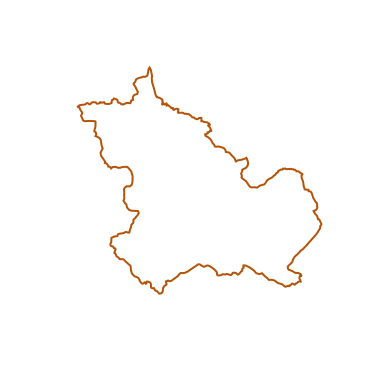 Mdrak District, Đắk Lắk, Vietnam (Robinson projection), rotated 143°
{"feature_id": "81297802B27744921596224", "entity_name": "Mdrak District", "entity_type": "district", "adm_level": 2, "iso_a3": "VNM", "parent_name": "Vietnam", "parent_adm1": "Đắk Lắk", "projection": "robinson", "projection_center": [108.788, 12.703], "detail": "fine", "context": "isolated", "style": "outline", "palette": "amber", "viewbox_px": 384, "rotation_deg": 143, "n_neighbors": 0, "source": "geoboundaries", "source_scale": "gbopen_adm2", "svg_char_len": 6068}
<svg xmlns="http://www.w3.org/2000/svg" viewBox="0 0 384 384"><g transform="rotate(143 192 192)"><path d="M137.9,238.4L140.3,240.8L140.9,242.2L141.9,242.8L141.7,243.3L140.6,244.4L140.0,245.7L141.9,246.8L143.7,246.8L144.4,247.3L145.5,249.1L145.5,250.2L146.8,251.5L147.0,253.9L147.6,255.3L147.7,256.2L149.1,257.3L149.4,257.9L150.8,258.9L151.6,260.7L152.3,261.4L155.3,263.5L155.2,264.3L154.6,264.6L154.4,265.1L153.1,266.1L153.3,266.9L154.5,268.0L155.8,268.4L156.9,268.4L157.3,268.7L157.4,269.5L156.8,270.5L158.1,271.6L157.9,272.8L158.5,274.2L158.5,275.2L158.7,275.5L160.1,276.2L159.2,277.1L159.1,278.1L161.0,278.2L161.3,279.1L162.8,279.5L163.1,280.1L162.9,280.4L161.3,281.0L161.1,281.3L161.3,281.9L160.8,282.3L160.6,283.1L160.1,283.8L161.1,286.4L162.8,288.6L162.5,289.1L163.0,289.9L162.6,291.5L160.2,297.2L157.8,303.7L155.6,307.2L154.3,308.3L151.5,313.9L151.0,316.9L152.5,316.4L157.0,312.3L158.0,311.8L160.1,312.2L161.7,313.6L163.6,314.0L164.6,314.6L167.0,315.4L169.1,315.5L171.0,314.1L172.8,314.0L173.7,313.4L173.8,312.8L174.0,309.5L174.6,307.1L175.0,304.5L176.8,303.2L178.3,303.9L180.5,304.2L182.5,303.1L183.6,301.1L185.5,301.7L187.2,300.2L188.1,300.2L190.3,302.4L194.2,303.3L195.6,304.6L196.0,306.5L197.1,307.8L197.1,308.5L196.3,310.1L196.3,310.9L197.8,313.4L198.1,313.7L199.5,313.2L200.7,313.5L202.8,311.5L204.7,312.0L206.2,312.9L207.9,314.4L208.4,315.1L208.2,316.7L210.2,317.5L211.1,318.9L211.4,319.0L212.2,318.5L214.6,319.5L215.0,320.2L214.9,321.2L215.1,321.6L217.0,323.3L218.3,323.7L220.7,323.4L221.3,323.9L221.7,325.4L222.2,326.1L222.6,326.3L224.4,326.2L225.3,326.5L227.8,328.1L229.9,329.0L231.8,328.9L231.8,328.2L231.0,327.3L231.7,325.1L231.9,321.6L232.5,320.7L234.3,320.0L234.9,319.3L235.3,316.7L235.8,315.3L235.8,314.3L234.8,312.9L231.7,310.9L227.2,307.2L226.8,306.8L226.8,306.1L229.7,302.4L233.4,299.5L233.5,299.0L233.0,298.0L233.0,297.4L233.9,295.5L235.4,294.7L234.5,293.3L233.4,290.7L233.4,288.9L236.7,282.5L237.1,280.5L238.0,280.2L241.6,278.2L242.8,275.7L243.1,268.5L244.1,267.6L243.6,267.2L243.1,265.9L243.1,264.1L243.6,262.7L242.8,262.1L242.3,261.2L242.4,259.5L240.5,259.7L238.9,258.8L237.6,257.7L236.5,255.8L236.0,255.4L234.5,254.4L233.1,254.1L231.4,253.2L228.6,251.0L228.3,249.3L228.1,245.2L229.9,240.4L232.9,236.6L234.9,234.6L236.0,234.0L238.3,233.9L240.8,235.9L242.6,235.9L244.2,235.4L244.7,235.1L246.5,232.2L248.4,230.0L249.9,227.6L251.9,226.4L252.2,223.4L251.9,221.6L253.0,219.1L253.2,218.1L253.0,215.5L251.7,213.6L246.7,209.4L247.0,207.6L247.4,207.1L249.9,206.0L251.5,205.9L252.1,205.5L255.3,205.2L257.6,202.6L260.0,202.4L261.9,200.6L265.2,198.5L266.5,197.3L267.5,198.1L268.6,199.7L269.6,200.1L271.4,200.4L275.6,202.6L276.5,202.8L278.2,201.7L280.2,203.0L283.9,203.9L286.6,200.6L288.6,199.5L289.2,198.4L289.1,197.4L287.8,195.9L288.2,194.2L287.5,193.6L287.3,192.7L287.7,192.1L290.7,190.1L290.3,188.9L290.9,186.0L290.2,184.0L290.2,182.2L289.9,181.6L287.5,179.8L287.1,179.0L286.9,176.6L285.6,170.3L285.7,169.6L287.5,166.9L288.9,163.5L289.0,161.9L288.6,159.4L286.8,156.2L286.5,155.0L286.8,153.4L287.3,152.5L287.2,149.4L286.5,148.4L284.1,148.3L284.0,148.1L284.1,146.5L283.6,146.4L282.3,147.6L282.0,147.6L281.3,147.1L280.2,145.6L279.9,144.5L280.3,143.1L282.0,140.7L282.1,139.9L281.4,138.8L280.2,138.1L280.7,135.8L280.5,135.1L279.7,134.3L279.3,130.5L278.2,129.8L276.1,129.7L275.0,130.4L273.6,132.0L272.4,133.0L270.2,133.6L268.1,133.4L267.7,133.9L267.1,135.8L266.5,136.3L265.0,135.6L264.4,135.7L263.6,134.2L262.1,133.5L254.1,133.4L251.1,134.1L249.9,134.1L246.5,131.8L243.4,131.1L230.5,130.5L229.4,129.6L228.0,125.9L227.4,125.1L227.0,124.8L225.8,124.7L224.1,124.2L223.2,123.3L222.4,121.9L221.1,118.2L220.5,115.0L220.5,113.1L221.8,110.6L221.7,110.0L220.8,109.2L219.0,108.2L216.9,107.8L215.0,106.0L213.5,105.6L211.0,102.3L209.5,102.3L208.2,102.9L207.2,102.5L205.7,100.9L205.2,98.5L204.5,98.2L202.7,98.4L200.6,99.0L199.4,98.9L198.3,100.2L196.3,100.4L195.9,101.6L195.1,102.4L194.3,101.9L193.2,100.7L191.4,97.2L189.8,92.0L189.5,88.4L187.5,85.8L185.0,85.0L184.5,81.1L183.7,77.9L183.5,75.6L181.3,74.0L179.5,71.9L178.8,70.0L178.3,67.7L176.6,65.6L175.4,63.7L175.1,61.8L174.6,60.3L174.1,59.9L172.6,59.7L171.0,58.3L170.3,58.8L169.5,58.2L167.5,58.7L166.7,58.3L165.8,56.1L163.8,56.4L162.9,56.1L161.2,56.4L159.9,55.7L159.2,55.0L158.9,55.4L158.3,58.2L156.9,59.7L156.2,60.1L155.3,59.2L155.0,59.4L154.7,61.3L155.2,61.8L155.8,63.3L156.2,63.8L157.8,64.8L158.6,66.1L159.4,68.4L161.5,71.6L161.6,72.2L160.9,74.2L160.3,74.9L154.6,75.6L153.7,75.9L152.2,77.2L149.0,78.5L144.5,78.9L140.4,79.7L138.3,79.6L134.1,80.2L117.5,83.6L111.6,85.9L109.9,87.7L108.4,88.0L107.9,88.8L107.0,92.9L107.1,93.9L107.8,94.4L106.5,97.4L106.8,100.7L106.4,103.6L104.1,103.1L102.6,103.3L101.1,104.3L100.5,105.7L99.9,106.2L99.2,107.5L99.0,108.1L99.2,110.0L98.9,112.1L98.9,113.8L97.4,118.0L96.9,119.9L97.1,121.1L98.3,122.3L98.4,122.7L97.7,123.7L100.4,126.2L99.1,129.8L97.1,133.3L95.9,137.4L94.6,139.3L94.2,139.5L93.4,139.5L93.2,139.7L93.1,140.2L93.8,141.8L94.4,143.9L94.9,144.8L96.1,145.6L96.1,146.8L96.5,148.0L97.2,148.4L97.5,149.4L98.5,150.0L99.2,151.1L100.2,151.4L100.6,152.0L103.1,153.6L103.4,154.7L104.5,155.1L105.2,155.9L106.2,155.5L107.9,156.6L109.2,156.6L110.6,156.9L111.6,156.0L113.2,156.3L115.4,155.6L116.8,155.8L119.2,155.4L122.5,156.0L125.2,156.1L128.0,154.9L129.8,154.6L133.6,156.2L137.3,156.3L139.4,158.3L141.6,159.8L142.4,160.9L142.6,162.5L142.3,168.1L143.4,171.6L143.8,173.4L143.7,173.9L142.7,174.6L142.1,175.6L141.9,176.8L141.4,177.3L139.1,178.6L138.4,179.6L134.1,178.8L131.4,179.7L129.9,181.2L129.3,182.2L128.1,185.7L128.0,186.6L129.5,186.7L133.2,188.0L136.4,189.8L138.4,189.8L138.6,190.0L137.8,192.9L137.8,194.2L138.3,197.6L138.5,201.0L140.9,203.7L140.3,204.7L140.1,205.4L140.1,207.6L140.6,208.7L143.4,212.4L145.3,213.5L146.2,214.3L146.3,214.7L145.9,216.5L146.1,219.0L145.6,221.6L145.5,223.2L146.3,226.4L147.3,228.2L147.3,229.1L146.7,230.1L146.1,229.7L144.1,229.4L143.8,229.5L143.6,230.2L142.5,229.7L140.7,230.1L140.3,229.2L139.8,229.2L139.0,231.7L138.9,233.6L139.1,235.3L138.7,235.5L137.9,234.7L137.2,235.1L137.1,236.2L137.9,238.4Z" fill="none" stroke="#b45309" stroke-width="2"/></g></svg>